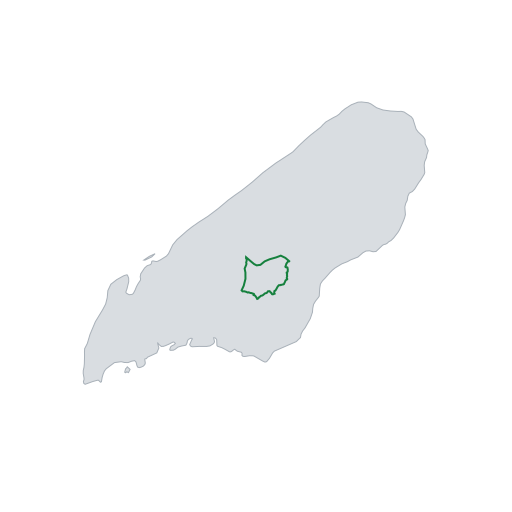 location of Bongolava within Madagascar, rotated 215°
{"feature_id": "MDG-5871", "entity_name": "Bongolava", "entity_type": "Autonomous Province", "adm_level": 1, "iso_a3": "MDG", "parent_name": "Madagascar", "parent_adm1": "", "projection": "mercator", "projection_center": [45.906, -18.601], "detail": "fine", "context": "in_parent", "style": "outline", "palette": "green", "viewbox_px": 512, "rotation_deg": 215, "n_neighbors": 0, "source": "natural_earth", "source_scale": "10m", "svg_char_len": 5876}
<svg xmlns="http://www.w3.org/2000/svg" viewBox="0 0 512 512"><g transform="rotate(215 256 256)"><path d="M331.8,63.1L333.1,66.2L334.7,69.1L339.4,76.2L341.4,78.9L343.2,81.8L344.0,87.6L347.0,96.6L349.9,110.1L350.8,124.0L351.6,130.4L353.9,136.4L357.5,142.7L358.7,149.6L356.5,156.8L353.2,163.6L352.4,164.8L350.9,166.6L350.2,166.5L347.6,164.8L345.5,161.9L342.9,155.2L341.9,151.7L340.8,151.2L337.7,151.5L335.4,153.6L335.0,155.0L335.5,158.8L336.3,162.2L336.7,165.7L336.8,170.0L337.6,171.3L338.9,172.5L340.2,175.3L340.4,182.2L339.6,185.6L337.4,188.6L337.5,190.2L338.3,191.9L337.6,192.9L334.6,194.2L333.5,195.3L331.9,198.4L329.3,204.6L329.0,207.7L330.6,217.3L330.1,224.2L326.9,237.3L325.0,243.5L322.3,250.9L318.2,260.8L314.2,273.1L310.8,285.9L308.2,293.6L305.4,301.2L301.4,314.6L298.1,328.3L293.1,343.4L286.3,360.3L285.5,362.5L284.1,371.2L282.5,378.7L280.7,386.2L276.9,398.6L276.4,402.4L275.6,406.1L271.9,413.9L270.3,416.8L269.2,419.8L268.6,423.8L267.5,427.6L264.7,434.5L260.7,440.5L257.9,442.7L252.0,445.9L249.0,446.5L242.3,446.6L235.8,448.4L229.0,451.9L222.5,455.9L220.0,457.8L217.3,458.9L208.7,459.1L206.1,458.3L197.5,451.7L194.2,450.6L187.9,449.7L186.0,449.1L184.3,448.3L181.7,444.9L176.7,442.0L175.4,441.1L174.7,439.1L174.1,436.9L172.8,434.5L171.9,429.9L170.2,426.7L165.6,421.1L165.1,419.3L164.7,413.3L164.8,409.3L164.4,401.9L164.9,398.5L166.5,395.4L165.9,392.0L164.1,388.4L163.5,384.8L162.2,381.5L157.3,375.5L156.2,372.5L155.4,369.5L153.5,360.0L153.3,356.7L153.6,349.7L154.3,346.1L155.5,343.6L155.8,341.8L156.5,340.2L157.7,338.9L158.5,337.4L160.3,328.5L162.6,326.6L166.0,325.4L168.8,323.1L170.3,320.0L171.9,313.6L176.2,307.2L177.8,303.9L181.2,298.8L184.3,291.7L185.3,288.4L185.9,285.0L186.7,277.5L187.3,273.8L187.2,270.1L185.4,266.3L181.2,259.4L181.1,258.1L181.4,253.1L181.1,249.4L179.5,245.7L177.5,242.3L175.6,235.8L174.6,225.2L174.8,221.4L174.3,217.9L172.8,214.7L173.9,209.0L186.4,188.6L186.8,186.2L186.3,179.9L186.6,176.3L187.0,175.0L188.0,174.2L190.1,173.8L200.3,172.9L201.6,172.3L204.1,170.6L207.6,167.2L209.2,166.3L210.6,166.6L211.4,168.1L212.6,168.8L216.7,167.3L218.3,167.3L219.9,167.5L220.6,166.2L221.1,164.3L221.7,163.0L222.8,162.3L228.0,161.8L231.4,161.3L235.8,160.0L236.7,160.3L240.2,164.9L241.3,165.3L242.6,165.5L243.8,164.7L241.0,162.2L240.5,160.9L240.7,159.3L242.2,155.9L244.8,153.4L250.5,149.5L256.3,145.0L258.1,144.7L259.5,145.4L260.6,150.7L260.5,151.6L261.4,151.7L262.5,151.0L263.5,148.9L263.5,147.1L262.7,145.4L262.4,144.0L262.3,142.7L265.3,139.6L267.7,136.6L268.8,133.0L269.7,131.4L272.2,129.5L272.9,129.8L273.5,131.3L273.8,132.9L273.2,134.5L272.3,136.1L271.9,138.1L273.3,138.5L274.6,138.0L276.5,134.3L278.7,130.7L280.0,128.9L281.7,127.6L284.4,127.8L287.1,128.6L282.8,124.9L281.7,119.7L286.8,110.9L286.9,109.0L287.6,108.5L288.0,107.7L285.3,104.8L284.8,103.3L285.2,101.0L286.4,99.0L287.6,97.6L289.2,97.1L290.6,97.9L293.4,100.3L295.4,100.7L297.7,98.3L299.6,95.4L302.5,93.4L305.8,92.1L310.8,87.5L314.0,77.8L314.2,75.0L313.5,71.6L312.4,68.3L310.5,64.3L311.0,63.4L313.7,63.9L314.6,63.3L317.6,59.7L322.4,52.9L324.0,52.9L325.4,54.2L325.9,56.0L326.9,57.4L330.2,60.7L331.8,63.1ZM297.8,90.3L297.9,91.4L294.1,90.9L293.6,87.3L295.4,87.1L295.8,85.6L296.9,85.5L298.1,88.7L297.8,90.3ZM343.2,194.5L340.0,200.0L340.9,195.4L344.6,188.9L345.6,188.3L343.2,194.5Z" fill="#d9dde1" stroke="#a8b0b8" stroke-width="1"/><path d="M246.9,219.3L247.2,219.4L247.6,219.5L248.1,219.6L249.0,224.6L251.5,231.2L255.2,236.4L258.1,239.2L259.0,243.4L259.5,244.3L260.4,245.1L260.8,246.5L261.7,247.9L262.9,248.5L263.4,249.3L257.6,248.7L252.9,248.3L250.1,248.7L247.3,251.3L245.8,256.6L243.0,261.1L238.7,266.4L235.9,270.5L230.9,271.3L225.8,270.8L225.8,270.6L226.0,270.5L226.4,270.4L226.5,270.3L226.6,270.1L226.7,269.9L226.6,269.0L226.7,268.3L226.7,267.4L226.7,267.1L226.6,266.8L226.3,266.0L226.2,265.5L226.0,264.9L225.9,264.7L225.9,264.4L225.8,264.1L225.6,264.0L225.4,263.9L225.3,264.0L224.8,264.1L224.5,264.2L224.1,264.5L223.8,264.6L223.7,264.5L223.4,264.4L223.2,264.2L222.9,263.8L222.4,263.4L222.2,263.1L221.8,262.5L221.5,262.0L221.2,261.6L221.1,261.3L221.1,260.9L221.2,260.6L221.3,260.3L221.4,260.1L221.3,259.9L221.2,259.7L220.4,259.4L220.2,259.2L219.9,258.4L219.8,258.2L219.7,258.0L219.2,257.7L218.9,257.4L218.4,256.0L218.2,255.6L218.0,255.4L217.8,255.3L217.4,255.2L217.2,255.1L217.1,254.9L217.1,254.7L217.3,254.2L217.4,253.9L217.6,253.5L217.7,253.3L217.7,253.2L217.8,252.9L217.6,252.1L217.5,251.9L217.4,251.3L217.2,249.8L217.1,249.4L217.0,249.1L217.1,248.8L217.2,248.5L217.5,248.3L217.7,248.1L218.2,247.5L218.3,247.4L218.5,247.0L218.6,246.9L219.1,246.6L219.3,246.4L219.5,246.1L219.5,245.9L219.8,245.7L220.3,245.4L220.5,245.2L220.7,243.4L220.3,239.8L220.3,238.8L220.4,238.7L220.5,238.4L220.8,238.1L220.8,237.8L220.7,237.5L219.9,236.2L219.7,236.0L219.2,235.8L219.4,235.5L219.6,235.3L219.6,235.1L219.8,234.8L219.9,234.6L220.4,234.2L220.6,234.0L220.9,233.9L221.3,234.1L221.6,234.2L221.9,234.3L222.1,234.5L222.3,234.7L222.5,234.7L222.8,234.6L223.0,234.5L223.4,234.6L224.5,234.9L224.7,235.0L225.8,234.1L226.0,233.9L226.0,233.6L225.9,232.6L226.0,232.3L226.1,231.9L226.2,231.6L227.0,230.8L227.2,230.5L227.3,230.2L227.4,229.9L227.5,229.3L227.9,227.9L228.1,227.4L228.3,227.1L229.1,226.3L229.2,226.1L229.3,225.5L229.3,225.2L229.8,224.1L229.8,223.8L229.8,223.6L229.8,223.0L229.8,222.7L229.9,222.4L230.0,222.1L230.2,221.8L230.4,221.5L230.8,221.6L231.0,221.7L231.3,222.1L231.5,222.2L231.8,222.3L232.9,222.6L233.3,222.7L233.6,222.9L233.9,223.0L234.3,223.0L234.7,222.9L235.3,222.7L235.5,222.6L235.7,222.9L235.7,223.5L235.9,223.7L236.3,223.7L236.8,223.5L237.1,223.3L237.4,223.2L237.8,223.2L238.1,223.2L238.4,223.1L239.3,222.5L239.7,222.4L240.3,222.3L241.0,222.1L241.3,222.0L241.5,221.8L241.6,221.5L241.9,221.3L242.3,221.2L243.1,221.1L243.6,221.0L244.0,220.9L244.2,220.7L244.5,220.6L245.1,220.5L245.3,220.4L245.8,220.0L246.3,219.7L246.7,219.3L246.9,219.3Z" fill="none" stroke="#15803d" stroke-width="2"/></g></svg>